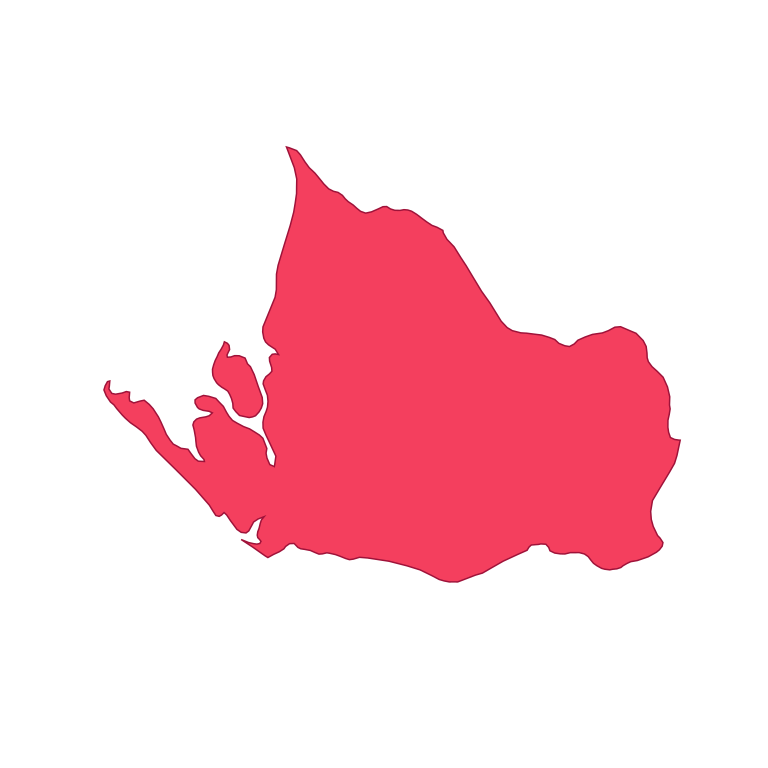 Bendjè, Ogooué-Maritime, Gabon (Natural Earth projection), rotated 339°
{"feature_id": "22940354B80874584292882", "entity_name": "Bendjè", "entity_type": "district", "adm_level": 2, "iso_a3": "GAB", "parent_name": "Gabon", "parent_adm1": "Ogooué-Maritime", "projection": "natural_earth1", "projection_center": [9.224, -0.836], "detail": "fine", "context": "isolated", "style": "filled", "palette": "rose", "viewbox_px": 768, "rotation_deg": 339, "n_neighbors": 0, "source": "geoboundaries", "source_scale": "gbopen_adm2", "svg_char_len": 4660}
<svg xmlns="http://www.w3.org/2000/svg" viewBox="0 0 768 768"><g transform="rotate(339 384 384)"><path d="M494.0,261.7L489.7,256.7L485.6,253.1L481.7,247.6L478.3,242.2L475.2,237.2L471.7,232.6L468.6,230.1L465.1,228.4L461.2,227.7L456.3,225.7L452.8,222.9L450.1,219.3L446.6,218.1L441.2,218.5L434.0,218.8L428.1,217.9L424.0,214.4L421.6,210.3L419.4,205.9L415.9,200.9L414.1,197.1L412.8,193.0L409.8,188.7L405.9,186.0L402.3,182.0L399.5,175.7L397.4,169.2L395.1,162.4L391.7,155.3L389.8,148.4L388.1,140.2L386.1,134.8L380.3,129.6L377.9,127.8L377.8,149.9L376.0,161.4L373.0,168.8L370.6,174.9L366.0,183.2L361.3,191.2L353.2,202.5L341.1,217.9L327.7,235.2L323.0,242.9L317.3,257.4L313.4,264.0L302.7,275.4L291.5,287.3L289.4,291.9L288.2,298.2L288.5,302.3L290.2,306.0L293.2,310.2L294.9,312.5L296.1,318.7L293.2,316.9L290.3,316.2L286.5,318.2L285.4,321.7L285.0,328.4L283.9,331.9L280.8,333.5L276.4,334.9L272.7,337.9L271.2,340.6L271.1,346.6L271.1,352.8L269.5,358.6L266.9,363.9L264.2,367.3L260.2,371.5L257.3,376.3L255.3,381.9L255.5,389.2L256.3,399.6L257.2,412.6L253.4,419.5L252.0,421.8L248.5,418.3L248.2,411.2L249.1,406.3L251.5,402.2L251.5,391.3L249.4,387.0L246.0,382.4L242.4,377.7L237.6,373.4L232.9,368.0L229.5,363.7L227.7,358.6L226.8,353.8L226.0,347.3L223.7,342.0L221.8,337.2L216.0,332.7L211.4,330.0L205.0,330.0L201.9,331.1L200.8,334.1L201.5,339.0L202.5,341.0L205.7,343.8L210.9,346.8L213.4,349.4L209.5,351.0L205.9,350.8L199.9,349.6L196.4,349.6L192.9,351.2L190.9,353.8L190.3,359.0L188.9,366.4L187.9,369.9L186.6,374.9L186.5,381.2L187.1,385.3L188.9,389.9L188.6,392.0L183.0,389.5L180.7,386.0L178.9,379.8L177.6,374.7L174.0,372.7L171.4,371.3L168.2,367.4L165.7,364.6L164.2,359.8L162.7,353.0L162.5,346.8L162.1,339.5L161.6,333.9L159.6,324.4L157.5,318.9L154.3,313.2L149.9,312.5L143.6,312.0L140.5,308.6L141.2,305.5L143.6,300.5L140.7,298.7L136.4,298.6L129.7,297.3L126.5,295.2L125.4,290.1L126.8,287.6L129.1,282.9L126.7,282.7L123.1,285.7L120.4,289.2L120.5,295.4L122.2,302.8L124.4,306.7L125.7,311.3L128.5,319.1L130.3,323.3L133.4,329.3L137.5,335.3L141.3,341.5L143.3,346.6L145.1,355.1L147.6,364.4L158.6,388.5L170.3,414.8L177.5,434.4L178.9,441.8L179.9,446.5L182.7,448.5L185.4,448.1L188.6,446.7L190.2,449.9L191.7,456.6L192.8,460.5L194.6,467.0L197.5,471.3L201.8,473.6L205.1,472.7L210.3,468.3L212.8,466.1L218.1,464.9L224.5,464.9L220.8,467.0L218.6,469.7L215.7,473.9L213.2,476.7L211.5,479.7L211.1,482.2L212.0,484.3L212.8,486.8L210.9,488.4L207.9,487.9L205.0,486.3L200.8,483.5L194.9,478.0L202.7,488.8L211.4,501.8L213.4,504.4L219.9,503.5L226.2,503.1L231.5,502.0L233.9,500.4L238.6,499.2L243.0,500.7L245.1,505.7L247.2,508.0L250.6,509.9L255.6,513.0L259.2,516.6L262.3,519.5L265.6,520.5L270.1,521.1L272.4,522.4L277.5,525.8L281.3,529.1L285.7,533.2L288.8,535.6L292.7,536.5L299.0,537.0L306.5,540.6L325.1,551.2L340.2,561.9L351.0,570.4L359.7,579.7L365.5,586.3L369.6,589.4L373.9,592.1L377.1,593.3L382.0,595.2L400.9,595.2L408.2,595.8L418.2,594.2L431.8,592.1L448.0,591.0L458.0,590.5L460.8,588.3L463.8,587.1L468.0,588.3L470.6,589.1L473.1,589.5L477.7,591.6L479.2,595.5L479.2,599.2L482.8,603.0L487.6,605.7L492.0,607.5L497.5,608.2L505.9,611.4L510.2,614.5L512.8,618.3L513.9,622.2L515.3,626.4L517.6,629.9L521.1,634.1L523.7,636.0L528.2,638.4L531.1,638.9L535.2,640.0L539.4,640.2L542.1,639.3L546.5,638.6L550.7,638.3L557.3,639.6L568.7,640.0L578.0,638.7L581.7,637.5L585.6,635.1L587.6,632.0L586.5,626.8L585.1,623.5L584.3,613.4L585.0,606.2L587.3,598.5L592.9,589.0L604.2,580.1L619.1,568.5L626.8,562.2L631.9,555.7L640.4,542.6L639.1,542.0L635.4,539.9L632.2,536.6L632.4,531.1L633.5,526.2L636.1,519.6L639.4,514.6L642.2,509.8L643.0,505.9L646.2,498.3L647.6,488.3L647.0,477.7L643.6,470.1L640.4,463.8L638.8,457.9L639.1,453.8L640.6,449.4L642.2,442.9L641.5,436.3L637.5,427.0L633.2,422.9L625.4,415.3L619.9,413.7L612.6,414.6L606.2,414.6L596.4,412.4L588.5,412.2L580.7,412.6L575.9,414.8L570.6,415.5L566.5,413.1L561.8,408.7L559.4,403.7L555.1,399.8L548.7,394.8L542.1,391.3L535.4,387.7L530.1,385.3L522.9,380.2L519.2,375.5L515.9,367.4L514.0,357.4L511.9,346.3L508.3,332.4L505.3,315.7L503.1,303.1L501.0,293.5L498.6,281.1L494.6,271.5L493.5,264.1L494.0,261.7ZM252.7,367.6L257.3,365.3L260.9,362.4L263.7,358.9L265.5,352.9L265.7,340.9L266.2,328.7L265.5,320.0L263.8,316.3L263.6,310.0L258.9,305.7L254.6,304.0L250.8,303.9L247.4,302.9L247.8,300.7L249.8,298.7L252.2,296.5L253.2,292.4L252.4,289.9L250.1,287.4L248.1,290.0L244.5,293.1L240.9,295.7L238.0,298.7L234.9,301.5L231.9,305.0L229.2,308.7L228.1,311.8L227.3,314.8L227.3,318.1L228.2,322.9L229.2,325.3L231.4,328.9L233.3,331.3L235.6,334.6L236.2,338.3L236.4,342.9L235.9,347.9L234.5,352.4L235.7,356.6L237.8,361.6L241.0,363.7L246.1,367.0L249.5,367.6L252.7,367.6Z" fill="#f43f5e" stroke="#9f1239" stroke-width="1.5"/></g></svg>